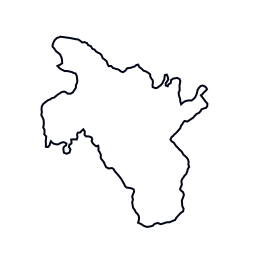 outline of Jequitibá, Minas Gerais, Brazil, rotated 81°
{"feature_id": "56859067B98217925914362", "entity_name": "Jequitibá", "entity_type": "district", "adm_level": 2, "iso_a3": "BRA", "parent_name": "Brazil", "parent_adm1": "Minas Gerais", "projection": "mercator", "projection_center": [-44.009, -19.208], "detail": "fine", "context": "isolated", "style": "outline", "palette": "ink", "viewbox_px": 256, "rotation_deg": 81, "n_neighbors": 0, "source": "geoboundaries", "source_scale": "gbopen_adm2", "svg_char_len": 3889}
<svg xmlns="http://www.w3.org/2000/svg" viewBox="0 0 256 256"><g transform="rotate(81 128 128)"><path d="M28.0,184.2L29.8,186.7L31.3,187.8L33.5,189.2L35.8,189.8L38.0,188.4L41.0,187.0L43.3,184.8L44.9,183.5L47.2,182.9L49.3,182.5L51.6,182.6L53.8,182.9L54.8,185.0L55.7,188.0L58.4,186.1L60.3,183.8L61.9,181.5L62.2,179.1L63.0,177.1L64.0,174.6L65.1,173.2L65.9,171.3L68.5,170.5L71.8,170.6L73.8,170.7L75.8,171.5L77.4,172.7L80.2,173.2L82.4,175.3L84.3,177.0L85.1,179.5L84.7,182.1L83.0,183.7L82.0,185.4L82.2,188.0L83.1,189.9L83.8,191.7L84.9,193.7L86.4,196.1L86.7,198.8L87.7,200.7L88.0,202.6L89.0,204.5L90.1,206.4L91.0,208.0L93.1,209.7L96.0,210.5L98.9,210.6L101.6,211.6L104.1,210.8L106.7,210.1L109.4,210.3L112.0,210.8L114.2,211.7L116.5,210.8L118.6,211.0L121.1,211.7L123.5,210.1L126.5,210.8L128.4,211.4L130.9,211.5L133.7,212.1L134.3,210.1L132.7,208.1L130.8,207.3L129.0,206.2L130.6,205.2L131.9,203.8L132.9,201.5L133.2,199.4L132.4,197.3L131.8,194.5L132.5,192.6L133.8,191.2L135.5,191.9L136.3,193.8L137.8,195.0L140.1,195.2L142.4,195.1L143.8,192.7L143.1,189.6L140.2,188.2L137.4,189.3L135.3,188.4L134.5,186.3L132.5,186.0L130.5,185.9L130.7,183.5L131.3,180.4L129.0,179.3L126.3,179.3L124.8,178.3L124.9,175.8L123.5,174.2L122.3,172.3L124.9,171.2L127.8,172.0L129.7,170.8L130.2,167.9L131.7,165.4L133.8,165.1L135.3,166.0L137.7,165.1L139.6,163.7L141.1,162.3L140.8,160.2L142.9,160.2L145.6,160.7L147.8,159.6L150.5,159.0L152.5,159.6L154.6,159.2L156.4,158.0L158.3,157.1L160.6,156.6L163.3,155.7L165.0,153.2L165.0,150.2L166.4,148.6L168.3,148.0L170.1,146.9L172.4,145.4L174.6,144.1L176.9,142.8L179.5,141.8L182.6,140.6L184.8,140.1L186.6,138.7L187.4,136.0L188.2,133.9L189.5,132.0L191.9,131.9L194.3,133.5L196.4,134.6L199.5,134.3L202.1,135.5L204.7,135.5L207.5,135.5L210.4,134.0L212.5,133.5L214.2,132.1L216.7,131.1L219.5,131.3L221.3,132.0L223.1,132.9L224.3,131.0L225.4,129.5L226.7,128.2L227.8,126.5L228.7,124.6L228.7,121.4L228.4,118.8L226.9,116.8L226.4,113.5L228.0,111.1L228.0,109.1L227.6,107.3L227.2,104.3L227.6,101.5L226.8,98.7L226.2,95.8L224.4,94.5L222.4,92.1L220.2,89.3L218.9,86.6L216.4,85.7L213.8,86.6L210.7,86.4L208.2,86.2L205.7,84.8L204.1,83.8L202.4,83.2L199.9,83.7L198.4,85.2L196.6,86.2L194.5,85.0L192.5,83.7L190.7,83.6L188.9,83.6L187.0,82.6L185.7,81.2L184.1,79.8L182.7,77.9L180.3,76.3L177.7,75.3L176.0,73.7L173.5,74.1L170.8,73.4L168.4,73.7L166.3,74.7L164.6,76.0L162.9,77.5L160.5,78.3L158.9,79.2L157.4,80.6L155.4,81.8L152.9,83.6L149.7,85.0L148.2,86.8L146.1,87.9L143.8,86.4L142.8,84.6L141.5,83.1L140.4,81.2L138.5,78.9L136.4,76.4L134.2,75.3L132.7,73.7L131.1,72.5L129.9,71.0L130.9,68.4L130.0,66.4L129.2,64.6L128.0,62.0L126.6,60.4L124.9,58.2L124.1,55.4L122.7,53.7L121.1,52.5L120.6,50.2L120.2,47.5L118.6,46.2L116.2,45.8L113.6,47.5L111.0,48.8L108.7,50.1L107.1,50.9L106.3,49.2L104.9,47.8L103.7,45.9L102.1,43.9L100.2,44.5L98.7,46.0L97.7,47.6L98.0,49.8L99.5,51.7L101.2,53.3L104.0,54.3L106.4,55.6L108.4,57.1L110.0,59.3L110.8,61.1L110.3,63.4L110.3,65.8L110.6,67.8L111.6,69.8L112.9,71.8L109.9,72.2L107.2,72.0L105.3,72.4L103.2,72.6L100.8,72.4L99.0,71.1L96.7,70.8L94.1,70.5L91.8,69.6L89.8,69.0L87.8,69.4L86.2,71.6L86.3,75.8L87.4,77.9L90.2,78.7L91.3,81.2L93.0,82.3L92.0,84.0L89.8,83.8L88.1,82.1L86.3,80.6L83.8,80.7L81.3,81.4L81.5,83.3L83.7,84.0L85.6,84.5L87.1,85.6L89.3,87.1L91.0,89.1L92.0,91.2L92.9,92.9L92.9,94.8L91.4,97.2L89.0,97.0L87.3,96.3L84.8,96.1L82.7,97.3L80.9,97.9L78.4,97.8L76.4,99.7L74.9,101.5L73.8,103.7L71.8,105.1L69.4,107.4L67.0,108.0L67.1,109.9L68.1,111.4L68.5,113.5L69.0,116.4L68.8,119.4L70.9,121.6L72.1,124.1L70.8,126.5L69.1,127.8L68.2,129.5L67.3,131.5L66.4,133.4L64.1,134.9L63.9,137.4L61.6,138.2L58.9,138.6L56.9,140.2L55.0,142.1L52.5,142.6L50.5,143.6L48.9,145.9L47.4,147.6L45.3,148.8L44.3,150.7L41.3,152.0L39.9,154.4L37.7,155.2L36.4,157.5L36.4,159.8L34.6,161.4L32.8,163.3L32.2,165.4L31.5,167.3L30.7,169.5L29.8,171.9L29.1,174.4L28.2,177.2L27.3,180.3L28.0,184.2Z" fill="none" stroke="#020617" stroke-width="2"/></g></svg>